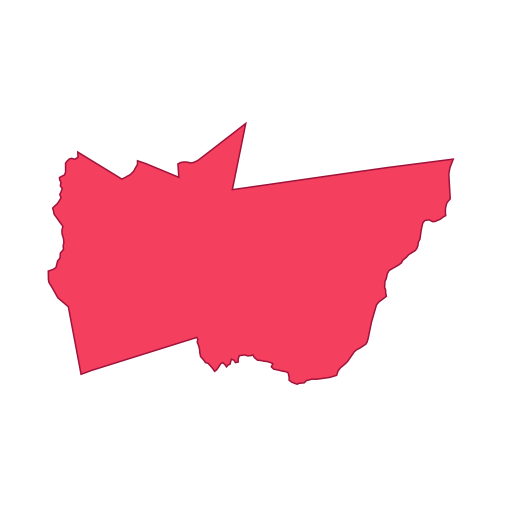 Alto Santo, Ceará, Brazil, rotated 352°
{"feature_id": "56859067B2763154043889", "entity_name": "Alto Santo", "entity_type": "district", "adm_level": 2, "iso_a3": "BRA", "parent_name": "Brazil", "parent_adm1": "Ceará", "projection": "natural_earth1", "projection_center": [-38.196, -5.516], "detail": "fine", "context": "isolated", "style": "filled", "palette": "rose", "viewbox_px": 512, "rotation_deg": 352, "n_neighbors": 0, "source": "geoboundaries", "source_scale": "gbopen_adm2", "svg_char_len": 2404}
<svg xmlns="http://www.w3.org/2000/svg" viewBox="0 0 512 512"><g transform="rotate(352 256 256)"><path d="M464.8,187.5L398.3,186.7L374.5,186.7L370.8,186.7L324.0,186.8L295.0,186.9L241.8,187.0L258.4,140.1L260.9,133.0L264.3,123.3L251.2,130.8L220.4,148.4L211.7,153.3L207.8,154.5L205.0,154.9L202.4,154.0L200.0,153.2L197.6,152.9L194.5,152.9L191.5,153.9L190.5,167.3L162.5,150.8L160.4,149.5L151.9,145.2L151.3,149.0L149.1,151.7L146.7,155.0L142.9,157.9L139.9,159.0L137.5,160.0L133.9,161.2L94.0,128.3L93.5,133.4L90.2,134.9L86.7,133.6L84.5,134.0L81.9,135.9L80.3,137.6L79.1,146.4L77.7,149.0L72.3,150.9L72.2,153.3L73.1,155.9L72.0,159.3L73.5,162.4L72.0,165.1L70.3,167.8L71.0,171.4L66.6,176.5L63.4,178.7L61.3,180.3L61.7,183.1L61.9,186.5L68.9,199.8L67.4,203.4L67.0,207.3L67.5,210.0L67.8,212.6L67.6,216.1L66.4,219.2L66.3,222.6L64.5,224.3L62.7,225.8L61.6,230.8L58.9,233.2L57.7,236.1L56.3,239.6L53.1,241.1L48.2,242.0L47.2,250.1L47.2,252.9L48.0,255.1L49.4,258.1L54.0,269.9L63.1,280.1L65.0,321.0L66.3,348.8L77.4,346.4L186.0,328.4L186.8,330.6L185.8,333.0L186.7,336.8L187.1,340.6L186.9,343.7L187.1,347.8L189.6,351.6L191.2,354.5L193.6,355.6L195.6,358.5L197.5,361.5L199.0,364.5L201.2,363.2L203.4,360.9L205.9,357.9L208.2,356.9L210.0,359.1L211.4,361.7L213.0,360.1L215.1,359.6L216.2,357.2L217.2,354.8L219.8,356.2L220.7,358.7L223.6,358.5L224.1,355.4L225.6,352.4L228.2,352.4L230.9,352.4L234.0,353.8L236.9,353.9L239.2,353.7L240.3,356.4L243.0,359.4L246.4,360.2L249.5,361.4L251.9,361.9L255.3,363.4L257.7,365.0L255.7,367.9L257.8,370.5L260.9,371.6L263.2,372.5L266.7,373.9L269.4,374.7L271.6,376.2L271.9,380.4L271.5,383.6L273.8,385.9L276.7,387.6L278.9,388.7L280.9,388.1L283.1,388.2L286.2,388.3L288.5,386.4L290.9,386.2L294.0,385.7L297.4,386.2L299.5,386.5L312.4,386.5L319.2,385.4L321.4,381.1L323.9,378.6L329.8,374.9L332.3,372.9L340.1,364.4L343.1,362.6L345.3,362.0L352.3,358.7L353.9,356.9L355.6,353.2L361.3,337.2L368.5,321.2L371.3,318.6L379.5,314.1L379.3,310.4L379.6,307.5L379.0,305.0L380.2,298.9L381.8,296.7L383.6,291.7L385.8,288.9L388.6,287.7L396.1,284.7L399.0,283.1L400.8,280.6L404.5,278.4L407.4,275.9L414.2,272.9L416.1,271.2L417.8,268.3L418.6,265.0L420.8,261.9L423.3,253.0L425.7,246.7L427.9,244.4L432.2,244.2L436.0,246.7L438.2,246.7L443.4,245.3L447.1,243.3L449.5,242.4L449.6,239.2L450.4,234.7L452.5,229.8L456.3,226.4L458.3,202.3L458.9,199.8L460.5,195.2L462.5,191.6L464.8,187.5Z" fill="#f43f5e" stroke="#9f1239" stroke-width="1.5"/></g></svg>